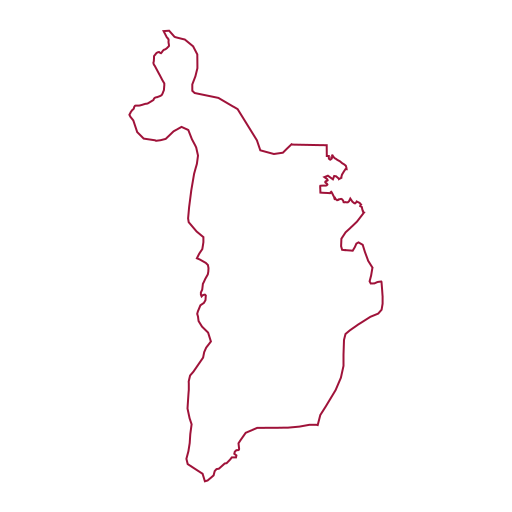 Bani Matar, Sana'a, Yemen (Robinson projection)
{"feature_id": "15242507B86732634383782", "entity_name": "Bani Matar", "entity_type": "district", "adm_level": 2, "iso_a3": "YEM", "parent_name": "Yemen", "parent_adm1": "Sana'a", "projection": "robinson", "projection_center": [44.032, 15.215], "detail": "fine", "context": "isolated", "style": "outline", "palette": "rose", "viewbox_px": 512, "rotation_deg": 0, "n_neighbors": 0, "source": "geoboundaries", "source_scale": "gbopen_adm2", "svg_char_len": 5745}
<svg xmlns="http://www.w3.org/2000/svg" viewBox="0 0 512 512"><path d="M346.6,169.2L346.4,167.7L345.8,165.7L343.9,164.2L342.3,163.3L339.8,161.2L338.4,160.5L336.9,159.6L336.0,158.9L334.7,158.2L333.8,157.2L333.6,157.1L333.0,156.2L332.7,155.6L332.5,155.3L332.3,155.3L332.2,155.3L332.1,155.5L332.3,156.1L332.4,156.4L332.5,156.5L332.4,156.7L332.3,156.9L331.8,157.5L331.7,157.5L331.4,157.5L331.5,157.8L331.8,158.2L331.8,158.3L331.8,158.5L330.4,159.6L330.2,159.7L328.9,158.7L328.8,157.6L328.8,156.3L328.8,156.0L326.8,156.0L326.7,145.2L318.7,145.1L292.5,144.6L291.6,144.2L291.1,144.7L286.8,148.8L282.9,152.7L273.9,154.0L269.8,152.9L266.1,151.9L260.3,150.3L256.9,140.3L237.6,109.1L233.5,106.7L233.2,106.6L218.4,97.9L194.6,93.0L193.0,91.4L192.9,91.4L192.3,90.8L192.3,84.4L195.4,76.3L197.4,68.2L197.4,65.6L197.3,54.4L194.5,49.0L193.2,46.5L193.2,46.4L184.8,39.5L182.6,39.0L177.4,37.7L175.5,37.2L174.5,36.8L169.1,30.7L163.6,31.1L166.5,36.7L166.9,37.5L167.7,38.1L167.9,38.7L168.4,39.1L168.6,39.7L168.6,40.7L168.5,41.4L168.5,42.2L168.6,43.1L168.8,43.9L168.9,44.8L169.0,45.4L168.8,46.3L168.4,46.7L167.9,47.1L167.5,47.5L167.0,48.1L166.3,48.6L165.8,49.0L165.1,49.4L163.9,49.8L162.9,50.7L161.8,52.3L161.0,53.2L160.5,53.0L160.4,53.0L159.0,52.0L158.4,52.2L157.8,52.3L157.2,52.6L156.5,53.0L156.1,53.5L155.7,53.9L155.4,54.5L154.8,55.1L154.2,55.8L154.0,56.5L154.0,57.2L154.0,57.9L154.0,58.6L153.9,59.6L153.9,60.2L153.8,61.0L153.7,61.8L153.4,62.7L153.5,63.4L153.7,64.1L154.0,64.8L154.4,65.3L154.8,65.9L159.4,74.5L159.5,74.6L162.4,80.2L164.3,83.4L164.3,83.6L164.3,84.2L164.3,84.9L164.3,85.6L164.2,86.3L164.1,87.9L164.0,88.6L164.0,89.3L163.9,90.0L163.7,90.7L163.3,91.5L163.1,92.1L162.9,92.7L162.5,93.6L162.2,94.2L161.8,94.9L161.3,95.4L160.8,95.6L160.2,96.0L159.6,96.2L158.9,96.5L158.3,96.7L157.8,96.9L157.1,97.2L156.5,97.2L155.9,97.4L155.3,97.6L154.7,97.9L154.3,98.3L153.9,98.8L153.7,99.5L153.3,100.1L152.8,100.4L152.2,100.7L151.7,101.1L151.1,101.4L151.0,101.5L149.8,102.2L149.3,102.5L148.5,103.0L148.0,103.3L147.2,103.6L146.6,103.7L146.0,103.8L145.4,103.8L144.8,104.0L144.2,104.2L143.4,104.4L142.7,104.7L142.2,104.8L141.6,105.0L140.8,105.2L140.2,105.4L139.6,105.5L138.9,105.6L138.2,105.6L137.0,105.6L136.2,105.6L135.6,105.6L135.0,105.8L134.5,106.5L134.1,107.2L134.0,107.9L133.6,108.9L133.1,109.4L132.3,110.0L131.9,110.5L131.4,111.2L130.9,111.9L130.5,112.5L130.4,113.0L130.2,113.3L129.9,113.8L129.4,114.8L130.4,116.8L133.3,120.4L137.2,132.1L138.7,133.6L143.7,138.6L155.1,140.3L156.0,140.8L160.6,140.2L165.7,138.9L173.6,131.3L173.8,131.2L181.5,126.9L188.3,130.0L191.7,138.7L191.9,139.2L195.2,145.4L196.2,147.5L198.0,155.6L196.9,163.8L196.2,166.3L195.8,167.6L194.1,173.8L193.3,178.5L191.3,190.2L190.4,197.2L189.2,206.5L189.1,207.3L188.1,218.4L188.7,222.2L193.3,227.6L196.6,231.5L202.4,236.3L203.4,237.1L203.4,242.2L202.9,245.5L202.3,249.1L199.8,252.8L199.0,254.1L196.9,258.3L199.6,259.4L205.8,262.9L207.9,265.0L208.0,265.5L208.5,268.1L208.3,271.7L207.8,274.4L205.3,278.8L203.8,282.1L202.9,283.8L202.7,285.6L202.3,288.9L202.2,289.7L200.9,292.4L200.9,294.7L201.6,296.4L202.9,295.1L204.3,294.7L205.0,294.7L205.8,295.5L205.6,298.5L205.5,299.8L205.4,300.3L203.9,302.9L200.4,305.3L198.5,309.9L197.9,311.3L197.2,313.9L197.6,315.2L198.0,316.6L198.3,319.0L198.6,321.1L202.0,326.6L208.1,332.6L208.2,332.9L210.9,341.5L206.2,347.6L204.2,352.1L203.1,357.6L193.4,371.7L190.1,375.5L189.3,378.8L188.7,381.5L188.8,383.6L188.8,389.8L188.5,393.4L187.5,408.5L189.6,418.3L190.6,421.3L191.6,424.3L190.3,434.0L189.7,443.1L188.4,451.3L186.5,458.4L186.4,458.8L187.7,464.1L202.6,473.8L204.9,481.3L207.6,480.5L213.6,475.4L214.7,471.1L216.5,469.1L218.9,468.7L224.7,463.5L226.6,463.2L230.1,459.6L231.8,457.4L236.0,457.4L236.4,455.4L234.3,453.8L234.8,451.7L236.4,450.2L238.3,450.1L239.0,449.6L239.1,448.8L238.9,446.9L238.5,443.3L240.5,440.2L245.7,432.8L257.1,427.9L268.6,427.8L276.7,427.8L282.5,427.7L287.5,427.7L299.5,426.6L309.4,424.8L316.4,424.8L317.7,425.1L320.3,415.0L325.6,406.7L335.6,390.1L340.9,377.7L343.5,365.9L343.5,356.9L343.5,354.7L344.0,339.9L345.5,334.0L349.8,330.4L352.5,328.5L355.4,326.5L358.2,324.5L361.6,322.4L370.4,316.8L378.2,313.6L381.6,309.7L382.6,303.7L382.6,296.1L382.5,295.4L382.2,290.8L381.5,281.9L381.2,281.5L378.2,281.9L377.3,282.1L374.4,283.4L370.8,283.5L370.1,282.3L369.6,281.3L371.1,275.6L372.4,267.9L372.5,267.7L368.1,260.7L367.6,259.2L364.9,251.9L362.7,244.8L358.5,242.4L356.4,243.6L354.8,247.2L352.7,250.7L351.4,250.6L350.5,250.5L346.3,250.2L345.3,250.0L345.2,250.2L342.1,249.8L341.1,246.2L341.4,238.7L345.6,232.3L350.0,228.3L351.4,226.9L352.0,226.4L357.0,221.6L364.0,212.5L363.2,212.2L362.9,210.8L362.7,210.8L362.3,209.4L361.8,207.0L360.2,206.1L360.7,204.5L360.9,204.4L359.6,202.9L359.2,202.7L356.7,201.5L356.5,202.0L355.7,202.8L355.0,203.4L354.3,203.2L352.4,201.7L350.3,198.6L349.0,201.3L347.8,202.3L346.2,202.3L345.4,202.1L344.8,202.3L344.4,202.3L343.6,202.2L343.4,201.4L343.2,200.8L342.8,200.2L342.1,199.4L341.9,199.2L341.2,198.9L340.0,199.1L339.0,199.5L338.6,199.4L338.1,200.0L337.1,200.2L336.7,199.8L336.4,199.5L335.8,199.3L335.4,199.2L335.3,198.9L335.2,199.1L334.7,199.1L334.5,198.8L334.4,198.4L334.4,197.8L333.8,196.5L332.2,193.3L331.6,192.2L331.2,191.8L330.8,192.2L330.6,192.3L330.3,193.1L330.1,193.2L327.8,193.0L323.0,192.8L320.4,192.6L320.3,189.2L320.2,187.4L320.2,186.2L320.3,185.8L321.1,185.7L323.1,185.6L324.2,185.6L324.9,185.6L325.9,185.6L326.7,185.3L327.4,184.6L327.2,184.1L326.7,183.5L325.7,182.8L325.3,182.4L325.3,182.1L325.3,181.8L325.4,181.6L325.8,181.2L326.5,181.0L327.1,180.7L327.5,180.5L327.7,180.2L326.8,178.8L325.8,178.2L325.2,177.7L324.4,177.1L327.9,175.7L332.9,179.3L334.2,176.0L336.1,176.3L339.1,178.9L339.1,179.0L341.4,177.8L341.4,176.8L342.0,174.6L344.0,171.3L345.5,169.1L346.6,169.2Z" fill="none" stroke="#9f1239" stroke-width="2"/></svg>